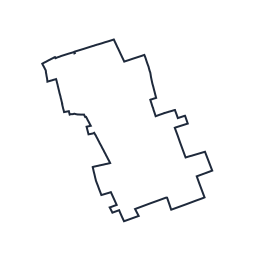 Dragos Voda, Calarasi, Romania, rotated 61°
{"feature_id": "2599482B24421220796675", "entity_name": "Dragos Voda", "entity_type": "district", "adm_level": 2, "iso_a3": "ROU", "parent_name": "Romania", "parent_adm1": "Calarasi", "projection": "equal_earth", "projection_center": [27.177, 44.458], "detail": "fine", "context": "isolated", "style": "outline", "palette": "slate", "viewbox_px": 256, "rotation_deg": 61, "n_neighbors": 0, "source": "geoboundaries", "source_scale": "gbopen_adm2", "svg_char_len": 4767}
<svg xmlns="http://www.w3.org/2000/svg" viewBox="0 0 256 256"><g transform="rotate(61 128 128)"><path d="M207.6,176.7L207.7,176.2L208.9,168.7L210.1,161.3L202.3,161.1L202.5,159.6L203.2,155.0L204.7,145.0L206.3,135.2L207.3,128.7L207.5,128.1L207.9,127.6L211.9,128.3L214.2,128.7L219.6,129.7L220.4,129.8L220.5,129.2L222.9,114.2L224.5,103.4L224.9,101.0L225.5,97.3L225.8,94.7L217.0,93.4L210.3,92.4L203.6,91.3L206.1,75.0L194.1,73.3L186.1,72.2L184.6,79.0L183.3,84.8L183.3,85.0L183.2,85.4L182.6,87.7L181.7,91.9L179.6,91.6L166.1,89.5L162.6,88.9L159.2,88.3L150.5,87.0L150.6,86.0L150.9,84.6L153.1,73.6L149.1,72.9L145.1,72.2L144.9,72.2L144.8,72.6L144.7,73.1L143.5,79.6L139.4,78.9L135.3,78.3L135.0,78.2L134.9,78.4L134.6,79.8L134.3,81.4L134.0,82.6L133.9,83.1L133.7,83.8L133.5,84.7L133.4,85.4L133.2,86.2L133.0,87.1L132.9,87.8L132.6,88.6L132.5,88.9L132.6,89.0L132.1,92.0L131.9,93.0L131.7,94.1L131.3,96.9L131.1,98.1L130.1,97.9L128.6,97.6L126.5,97.2L124.6,96.9L123.9,96.7L123.5,96.6L122.2,96.3L121.5,96.3L119.0,95.8L117.7,95.5L115.9,95.2L114.1,94.8L114.1,94.5L114.4,93.4L114.6,92.3L114.8,91.1L115.1,89.9L115.3,88.8L109.9,87.4L106.4,86.5L104.2,85.9L102.0,85.4L100.8,85.1L98.5,84.4L96.2,83.7L94.3,83.1L91.9,82.2L91.0,81.9L90.5,81.7L88.2,81.3L87.0,81.0L85.7,80.7L84.7,80.4L84.2,80.3L83.5,80.2L80.9,79.8L78.7,79.4L78.1,79.3L75.7,78.8L73.8,78.5L72.0,78.3L71.7,79.9L71.6,80.7L70.8,84.8L69.7,90.4L69.6,91.0L69.1,93.8L68.3,97.9L68.1,99.1L65.6,98.9L63.3,98.8L60.7,98.6L60.2,98.6L57.7,98.4L56.4,98.3L55.9,98.3L55.6,98.3L55.0,98.2L54.6,98.2L53.3,98.1L52.4,98.1L51.9,98.1L51.4,98.0L50.8,98.0L50.0,97.9L49.6,97.9L49.2,97.9L48.7,97.8L47.9,97.8L47.6,97.8L47.3,97.7L47.2,97.7L45.9,97.7L45.1,97.6L44.6,97.5L44.0,97.5L43.7,97.5L43.5,98.7L42.6,103.3L41.8,106.7L41.3,109.5L40.5,113.1L40.4,113.6L40.1,114.6L39.9,115.7L39.6,117.0L39.5,117.9L39.2,119.1L39.0,120.0L37.3,128.5L35.6,136.4L35.3,137.9L35.3,138.1L35.5,138.2L36.7,138.2L36.7,138.3L36.7,138.6L36.4,138.5L35.9,138.4L35.7,138.4L35.4,138.4L35.4,138.5L34.2,143.8L32.6,151.7L32.4,153.5L32.2,154.3L32.1,155.1L31.9,156.1L31.9,157.1L31.8,157.6L31.7,157.6L31.4,157.6L31.1,157.5L30.6,157.5L30.5,158.1L30.5,159.0L30.5,159.7L30.5,160.2L30.4,161.3L30.4,162.4L30.4,162.9L30.3,164.4L30.3,165.8L30.3,167.0L30.3,168.0L30.2,169.0L30.2,170.1L30.2,171.8L31.3,171.9L32.8,171.9L34.4,171.9L35.9,172.0L36.5,172.0L37.0,172.0L37.4,172.0L38.0,172.1L38.4,172.3L39.0,172.5L39.5,172.8L40.7,173.2L40.8,173.2L42.2,173.7L42.7,173.9L43.6,174.2L45.5,174.8L46.5,175.2L47.4,175.6L48.4,176.0L48.5,175.4L48.7,174.7L48.8,174.0L49.0,173.4L49.1,172.7L49.3,172.0L49.5,171.2L49.6,170.5L49.8,169.6L50.0,168.8L50.2,168.1L50.3,167.5L50.4,167.3L50.4,167.2L50.5,167.2L50.8,167.3L51.4,167.4L52.0,167.6L52.6,167.7L53.8,168.1L54.7,168.3L55.5,168.5L56.3,168.7L56.9,168.9L57.4,169.1L57.5,169.1L58.4,169.3L59.3,169.6L59.8,169.7L61.2,170.1L62.4,170.4L63.0,170.6L64.0,170.9L64.8,171.1L65.3,171.2L66.0,171.4L66.5,171.5L67.0,171.6L68.4,172.0L68.9,172.2L69.7,172.4L70.7,172.6L71.6,172.9L73.1,173.3L75.0,173.8L75.0,174.0L76.0,174.3L77.5,174.7L79.6,175.3L81.4,175.7L83.1,176.2L84.6,171.6L88.0,172.5L88.1,172.0L88.1,171.7L88.2,171.2L88.5,170.8L89.1,169.6L89.3,169.0L89.4,168.6L89.4,168.2L89.5,168.0L89.8,167.7L90.7,166.8L91.8,165.4L92.0,165.2L92.1,164.9L92.5,164.2L93.5,162.6L93.8,162.0L94.3,161.1L94.7,160.6L94.9,160.0L97.6,160.1L97.7,159.6L97.9,159.3L98.8,159.3L100.1,159.3L101.1,159.4L102.5,159.4L103.7,159.4L104.7,159.4L105.9,159.5L107.5,159.5L108.0,159.5L107.6,160.9L106.8,163.6L114.4,165.6L115.7,161.6L115.8,161.2L115.8,160.8L115.8,160.4L115.8,160.1L115.8,159.9L116.4,159.9L117.0,159.9L117.5,159.9L117.8,159.9L118.1,159.9L118.3,159.8L118.6,159.8L119.1,159.8L120.3,159.9L121.3,159.9L122.0,159.9L122.7,159.9L124.0,160.0L124.9,160.0L125.5,160.0L125.8,160.0L126.2,160.0L127.1,160.1L127.7,160.1L128.8,160.1L129.7,160.1L130.5,160.1L131.4,160.1L132.3,160.2L133.5,160.2L134.5,160.2L136.2,160.2L136.8,160.3L137.4,160.3L138.8,160.3L139.9,160.3L141.0,160.4L142.0,160.4L142.7,160.4L143.3,160.4L145.3,160.5L147.7,160.5L150.0,160.6L149.9,161.2L149.5,162.4L149.2,163.6L149.1,163.9L148.8,164.7L148.6,165.4L148.3,166.5L148.0,167.6L147.7,168.5L147.4,169.5L147.2,170.2L146.8,171.4L146.7,172.0L146.5,172.6L146.2,173.5L145.8,174.9L145.6,175.5L145.4,176.3L145.1,177.3L145.0,177.7L145.0,177.8L145.3,177.9L146.5,178.2L148.2,178.7L149.5,179.1L152.2,179.8L156.0,180.9L157.6,181.3L158.5,181.6L159.4,181.7L160.6,181.9L163.7,182.3L167.4,182.9L171.1,183.4L172.4,183.6L173.7,183.8L174.0,182.6L174.8,178.9L175.4,176.3L175.8,174.1L176.0,174.1L182.4,174.6L189.8,175.2L189.7,176.0L189.4,177.4L189.1,179.5L188.9,181.0L188.6,182.5L190.0,182.5L191.5,182.6L192.9,182.6L194.4,182.7L194.5,182.7L194.7,181.3L195.0,179.4L195.3,177.5L195.6,175.6L197.9,175.9L203.4,176.4L205.2,176.5L207.6,176.7Z" fill="none" stroke="#1e293b" stroke-width="2"/></g></svg>